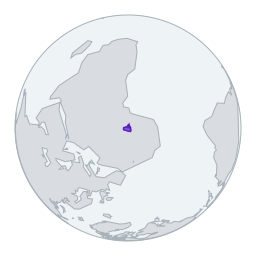 globe centered on Tillabéri, rotated 204°
{"feature_id": "NER-4859", "entity_name": "Tillabéri", "entity_type": "Department", "adm_level": 1, "iso_a3": "NER", "parent_name": "Niger", "parent_adm1": "", "projection": "orthographic", "projection_center": [2.123, 13.809], "detail": "fine", "context": "on_globe", "style": "filled", "palette": "violet", "viewbox_px": 256, "rotation_deg": 204, "n_neighbors": 0, "source": "natural_earth", "source_scale": "10m", "svg_char_len": 9933}
<svg xmlns="http://www.w3.org/2000/svg" viewBox="0 0 256 256"><g transform="rotate(204 128 128)"><circle cx="128" cy="128" r="113" fill="#eef3f6" stroke="#a8b0b8"/><path d="M99.8,18.9L99.3,19.1L87.6,23.3L89.5,22.7L86.4,24.4L87.5,24.5L85.0,25.6L88.0,24.8L90.1,23.8L92.1,23.2L92.9,23.2L89.9,24.5L89.0,24.7L88.6,25.1L86.7,25.8L88.1,25.5L84.3,27.3L89.3,25.7L87.3,27.2L84.5,28.4L83.2,28.0L73.6,31.0L70.3,32.6L67.0,35.0L63.9,39.7L61.0,41.9L58.1,45.1L60.4,43.8L63.5,40.9L67.1,39.7L70.4,36.7L72.4,35.9L76.4,33.3L77.4,34.0L76.2,36.4L72.9,38.7L72.3,39.9L76.8,38.2L71.9,43.5L70.9,48.9L69.5,50.4L64.3,51.9L60.9,50.2L54.2,53.5L60.2,52.0L56.5,56.4L56.6,57.5L57.7,57.8L59.8,56.4L58.9,58.2L52.6,60.1L53.3,58.5L55.3,57.8L53.7,57.2L49.4,59.1L47.9,61.5L43.1,62.9L41.9,64.7L40.2,66.3L42.4,63.1L38.4,69.0L32.5,73.6L27.0,84.6L30.6,75.1L30.9,73.2L30.7,72.3L29.7,74.1L30.7,71.4L30.0,72.5L34.3,65.5L39.1,58.8L44.4,52.5L50.1,46.6L56.2,41.2L62.8,36.2L69.6,31.7L76.8,27.7L84.3,24.2L91.9,21.3L99.8,18.9ZM21.8,90.5L21.6,91.0L22.9,87.7L23.2,88.2L19.7,97.6L19.7,101.2L17.7,108.8L17.3,113.5L18.1,113.6L18.7,116.7L20.3,112.9L22.3,111.7L21.2,118.2L23.2,113.0L23.7,116.9L28.5,119.2L27.9,120.5L31.7,130.3L37.8,136.0L39.2,141.2L38.3,143.8L40.8,145.5L40.8,147.4L52.6,153.4L60.0,159.7L60.7,166.2L56.3,172.5L56.7,187.1L50.0,189.8L51.2,195.3L51.0,202.2L46.6,200.0L50.9,204.8L50.9,206.5L48.8,205.6L51.1,208.4L49.7,207.7L52.5,210.2L54.2,212.7L58.2,216.1L60.5,218.2L63.2,220.1L62.7,219.8L56.0,214.6L49.8,209.0L47.7,206.9L48.2,207.5L41.0,199.4L36.8,193.1L27.0,172.7L24.9,167.9L21.4,161.0L16.8,142.8L16.6,136.9L16.2,133.3L17.6,125.7L18.1,116.7L17.9,114.9L17.1,117.5L17.1,110.2L18.4,103.0L19.3,98.6L21.8,90.5ZM25.2,88.2L25.4,96.1L23.7,95.3L24.3,94.6L24.6,91.7L24.6,88.5L23.6,88.5L25.2,88.2ZM28.8,83.3L28.7,82.4L29.0,82.8L28.8,83.3ZM75.6,33.1L76.0,33.2L75.0,33.6L75.6,33.1ZM77.0,31.9L75.6,32.3L76.0,31.9L76.9,31.6L77.0,31.9ZM78.6,31.5L77.0,31.0L77.8,30.2L81.7,28.7L78.6,31.5ZM90.4,23.5L88.2,24.5L89.2,23.7L90.4,23.5ZM90.5,23.1L90.8,22.0L94.4,20.7L93.6,21.2L97.6,19.8L99.3,19.7L97.4,20.5L94.7,21.2L97.4,20.7L90.5,23.1ZM93.0,22.9L92.7,22.6L95.8,21.5L96.9,21.7L95.6,22.0L93.0,22.9ZM97.9,19.6L100.4,18.9L102.4,18.6L103.7,18.3L99.6,19.6L97.9,19.6ZM95.3,22.3L97.4,21.9L96.7,22.6L93.5,23.0L95.3,22.3ZM96.2,21.1L97.7,20.6L97.2,21.0L96.2,21.1ZM95.4,25.1L95.0,24.6L96.6,23.9L95.4,25.1ZM98.3,21.8L98.5,21.6L99.1,21.3L100.3,21.2L98.3,21.8ZM101.3,19.4L101.6,19.5L103.1,18.8L104.6,18.7L101.7,19.7L103.6,19.2L104.1,19.2L101.1,20.0L101.3,19.4ZM103.3,20.4L100.0,21.9L100.4,22.8L99.0,23.4L98.6,21.9L103.3,20.4ZM102.3,20.1L102.6,20.4L100.7,20.9L99.3,20.9L102.3,20.1ZM106.8,18.4L105.2,18.3L105.9,18.1L106.8,18.4ZM103.8,20.6L104.5,20.2L104.0,20.6L103.8,20.6ZM106.3,18.9L105.6,18.8L106.4,18.6L106.3,18.9ZM106.6,19.7L105.6,20.1L104.6,20.1L106.6,19.7ZM106.8,19.3L108.1,19.0L104.9,19.9L106.3,19.2L106.8,19.3ZM107.2,18.7L107.4,18.6L107.3,18.8L107.2,18.7ZM110.9,19.6L107.2,20.7L105.0,20.6L109.0,19.5L110.9,19.6ZM63.6,220.4L68.0,223.3L63.6,220.4ZM65.8,221.5L66.3,221.4L67.4,222.1L67.3,222.3L65.8,221.5ZM151.9,17.9L151.2,17.8L150.1,17.6L148.8,17.3L151.9,17.9ZM235.6,94.7L236.2,96.8L234.9,92.8L231.9,86.0L232.4,90.2L234.0,103.3L236.3,114.0L236.0,119.5L230.6,106.1L226.9,96.5L225.8,98.3L219.6,91.6L211.4,94.3L209.5,92.0L208.1,93.8L203.6,92.3L200.4,88.6L198.0,89.6L206.4,99.4L208.9,98.4L209.9,93.4L211.8,97.2L216.1,99.8L214.1,111.0L200.6,123.8L198.1,116.0L181.4,96.6L181.2,94.1L181.1,93.8L180.8,93.3L180.6,97.5L177.3,93.7L187.5,107.5L189.8,113.9L200.5,124.3L199.8,125.7L202.8,127.7L211.1,122.5L211.5,125.2L208.3,138.7L195.7,158.3L196.7,169.1L194.6,178.7L185.2,186.3L184.5,193.2L179.4,196.4L178.1,200.3L173.2,204.9L165.5,209.5L154.1,210.7L154.6,207.4L150.7,201.1L145.8,184.8L150.0,176.6L149.5,170.4L141.1,156.8L143.0,148.7L140.5,145.5L135.4,146.6L132.3,142.8L129.1,142.8L108.3,146.1L101.3,140.9L91.2,124.7L94.4,118.3L93.8,110.8L115.2,85.7L121.1,86.9L139.5,82.8L142.1,83.6L141.4,89.3L156.4,95.1L159.5,90.0L171.6,92.5L178.7,91.3L178.6,80.6L166.9,82.2L163.4,77.4L171.6,71.8L181.6,71.0L180.5,69.2L173.0,65.9L174.0,62.2L170.2,64.6L172.7,66.2L170.4,67.9L168.0,66.5L168.4,65.2L165.1,64.8L163.8,71.9L166.1,74.3L158.1,76.5L161.3,80.9L159.5,83.4L153.5,76.9L153.2,74.4L143.0,68.1L142.7,70.9L152.2,77.2L149.8,76.8L149.4,81.2L147.8,77.6L137.5,70.6L129.4,72.9L121.3,84.2L116.1,85.4L110.8,83.5L111.6,72.6L123.0,71.3L123.5,67.9L119.3,63.5L123.1,63.6L122.9,61.8L127.0,61.3L131.0,56.7L135.0,55.9L134.8,50.7L136.8,49.7L136.4,53.0L138.1,55.1L147.7,53.9L149.1,52.7L148.2,49.5L151.0,49.8L148.9,46.9L153.5,45.2L146.1,45.0L144.9,41.8L146.7,39.2L145.0,38.2L142.0,42.6L142.0,44.5L144.1,46.0L142.9,51.8L140.0,53.0L136.2,47.3L131.6,48.6L130.6,44.1L139.4,34.2L143.9,32.3L155.1,35.0L155.1,36.9L151.1,36.7L156.4,39.5L155.2,38.0L157.5,38.4L156.9,35.9L158.5,36.1L155.2,33.6L157.1,33.6L159.1,35.2L159.8,32.0L163.3,31.7L162.7,30.9L161.1,30.2L166.5,30.5L165.8,30.0L163.8,29.6L161.1,28.3L158.4,26.3L160.5,26.6L161.7,27.3L167.3,29.4L170.3,31.7L170.8,31.6L168.8,29.7L161.9,27.1L159.7,25.9L163.0,26.8L161.6,26.4L161.2,25.9L162.7,25.7L159.1,24.6L151.5,19.9L153.5,19.5L157.3,20.6L154.2,18.7L156.7,19.1L154.8,18.7L152.2,18.0L159.9,20.0L167.4,22.5L174.7,25.5L181.8,29.0L188.6,33.0L195.1,37.5L201.3,42.5L207.1,47.8L212.5,53.6L217.6,59.7L222.1,66.1L226.2,72.9L229.9,79.9L233.0,87.2L235.6,94.7ZM109.5,98.4L109.3,100.6L109.5,98.4ZM193.4,75.8L198.5,75.1L194.0,69.3L195.6,68.6L193.5,67.0L193.6,68.9L188.1,64.5L189.5,62.2L187.8,59.8L186.0,59.9L184.3,64.8L192.2,71.0L191.9,73.8L193.4,75.8ZM28.7,119.2L29.1,120.8L28.3,120.4L28.7,119.2ZM22.7,97.7L23.1,98.3L23.0,99.6L22.5,99.5L22.7,97.7ZM28.1,102.3L29.0,103.5L27.8,103.3L28.1,102.3ZM25.6,97.1L27.4,101.6L25.0,102.2L24.0,99.5L25.2,99.8L25.6,97.1ZM27.0,86.5L27.0,87.3L26.5,88.3L27.0,86.5ZM29.1,83.6L28.9,83.5L29.2,82.5L29.1,83.6ZM56.9,56.3L57.3,56.2L58.2,56.8L57.0,57.3L56.9,56.3ZM66.2,56.0L64.5,59.0L64.9,57.0L63.1,58.0L61.6,55.4L68.7,51.1L65.7,53.4L66.2,56.0ZM61.6,51.2L61.8,53.1L61.4,51.2L61.6,51.2ZM117.2,53.4L119.2,54.3L118.4,56.4L113.4,58.3L114.4,55.2L117.2,53.4ZM122.1,55.3L119.7,49.6L122.8,48.5L121.5,50.0L123.7,49.9L122.2,52.3L127.5,57.2L127.2,59.5L118.1,61.1L121.2,59.2L119.1,58.2L122.1,55.3ZM108.3,40.0L107.3,38.3L115.1,38.0L115.2,39.6L110.2,41.3L107.2,40.4L108.3,40.0ZM85.8,29.2L85.0,29.2L85.8,28.8L87.2,28.4L85.8,29.2ZM95.1,24.9L90.6,29.2L89.4,29.3L88.2,32.0L84.5,33.5L85.4,31.5L81.6,34.9L80.9,33.8L78.8,36.2L81.1,31.7L80.3,31.1L82.6,31.2L86.0,29.8L87.3,29.1L90.2,26.5L90.2,24.8L93.7,23.5L96.1,23.0L96.6,23.2L94.2,24.0L96.6,23.7L93.6,25.0L95.1,24.9ZM122.4,22.6L119.4,22.7L123.8,23.8L120.7,24.5L121.4,24.6L119.8,25.6L119.1,27.1L117.5,27.3L117.9,27.8L116.8,28.6L116.8,29.5L114.0,30.2L113.8,31.4L112.5,31.1L112.9,32.9L111.3,31.9L109.8,33.1L112.1,33.4L96.7,36.8L91.5,39.5L87.9,42.6L85.7,40.8L87.6,37.1L91.8,33.0L97.1,30.8L95.2,30.6L97.1,29.6L97.9,30.2L97.9,28.7L99.8,28.0L103.4,25.4L102.4,24.0L103.7,23.1L105.0,23.4L105.4,22.4L108.8,22.4L109.8,21.8L114.2,21.4L116.1,22.4L117.1,21.8L120.5,21.7L122.4,22.6ZM112.2,19.5L115.2,20.2L115.0,21.0L107.5,21.5L106.1,22.0L101.3,22.6L101.7,21.5L103.0,21.4L104.4,21.0L103.7,21.5L105.3,20.9L107.2,20.7L108.9,20.3L109.4,20.6L112.2,19.5ZM144.1,81.3L145.9,81.3L148.5,80.9L148.3,83.8L144.1,81.3ZM136.9,76.5L138.5,76.0L139.5,79.6L137.6,79.6L136.9,76.5ZM138.4,72.9L138.5,75.7L137.3,74.2L138.4,72.9ZM137.7,52.5L139.2,51.9L139.7,52.7L139.2,53.9L137.7,52.5ZM134.7,27.4L133.0,27.0L133.2,26.7L130.9,25.2L133.0,24.8L135.2,25.5L134.7,27.4ZM177.1,82.6L175.6,84.9L174.3,84.1L175.1,83.5L177.1,82.6ZM161.6,84.5L165.6,85.4L161.5,85.3L161.6,84.5ZM136.5,26.7L135.3,26.1L137.1,26.3L136.5,26.7ZM134.4,24.4L136.3,24.5L133.0,24.5L134.4,24.4ZM196.4,217.1L195.6,217.9L194.8,218.4L196.4,217.1ZM209.2,174.0L200.2,191.4L196.2,192.3L196.7,187.8L200.8,177.6L205.9,173.8L208.7,168.7L209.2,174.0ZM236.6,114.8L238.1,120.5L237.7,122.1L236.6,114.8ZM152.5,24.4L153.4,26.7L155.3,28.6L158.6,29.8L154.4,29.4L151.3,26.4L152.5,24.4ZM151.4,20.3L148.5,19.6L149.5,19.5L150.2,19.7L151.4,20.3ZM149.9,20.2L146.9,20.2L145.1,19.6L147.8,19.7L149.9,20.2ZM141.8,22.9L141.9,23.5L140.5,23.3L141.8,22.9ZM149.7,17.5L148.2,17.2L148.3,17.2L149.7,17.5ZM144.0,16.5L144.9,16.7L143.1,16.4L144.0,16.5ZM147.2,17.2L144.9,16.7L148.3,17.4L147.2,17.2Z" fill="#d9dde1" stroke="#a8b0b8" stroke-width="1"/><path d="M129.4,130.8L129.2,130.8L129.1,131.0L128.9,131.0L128.7,131.0L128.5,131.3L128.5,131.5L128.5,131.8L128.4,131.7L128.1,131.3L128.0,131.1L127.9,131.0L127.9,130.9L128.0,130.8L128.0,130.7L128.1,130.8L128.2,130.7L128.2,130.4L128.0,130.2L127.9,130.1L127.7,130.1L127.5,130.3L127.4,130.4L127.2,130.3L126.9,130.3L126.7,130.2L126.5,129.9L126.4,129.9L126.2,129.7L125.9,129.6L125.8,129.4L125.8,129.1L125.8,128.9L126.0,128.9L126.1,129.0L126.2,128.9L126.3,128.9L126.2,128.8L125.9,128.7L125.8,128.4L125.7,128.4L125.4,128.3L125.4,128.2L125.1,128.2L124.9,127.9L124.8,127.7L124.7,127.7L124.7,127.4L124.7,127.2L124.3,126.8L124.3,126.7L124.4,126.2L124.3,125.9L124.4,125.7L124.6,125.7L124.8,125.7L125.2,125.8L125.3,125.8L125.4,125.7L125.7,125.7L125.8,125.7L126.0,125.5L126.1,125.4L126.3,125.3L126.4,125.1L126.5,125.1L126.8,125.1L127.0,125.1L127.4,125.1L127.6,125.1L127.9,125.1L128.1,125.0L128.3,125.0L128.5,125.0L128.8,125.0L129.0,125.0L129.4,125.0L129.6,125.0L129.7,124.9L129.8,124.8L130.0,124.9L130.4,124.9L130.6,124.9L130.6,125.0L130.6,124.7L130.8,124.6L131.0,124.4L131.3,124.3L131.3,124.2L131.3,124.3L131.8,125.5L131.8,125.8L132.1,126.3L132.0,126.5L131.9,126.6L131.8,126.8L131.7,126.8L131.2,127.1L131.1,127.5L130.7,127.9L130.6,128.0L130.3,128.1L130.1,128.0L129.9,128.2L129.9,128.3L129.7,128.4L129.6,128.5L129.4,128.6L129.4,128.8L129.4,129.0L129.2,129.0L128.9,129.2L128.7,129.2L128.7,129.3L128.8,129.6L129.1,129.6L129.1,129.8L128.9,129.9L128.9,130.0L129.0,130.1L128.9,130.2L128.9,130.3L129.0,130.4L129.0,130.5L129.3,130.7L129.3,130.8L129.4,130.8ZM128.0,128.4L127.9,128.4L127.7,128.4L127.7,128.5L127.8,128.7L127.9,128.8L128.0,128.8L128.3,128.7L128.3,128.4L128.2,128.5L128.2,128.4L128.0,128.4Z" fill="#8b5cf6" stroke="#5b21b6" stroke-width="1.5"/></g></svg>